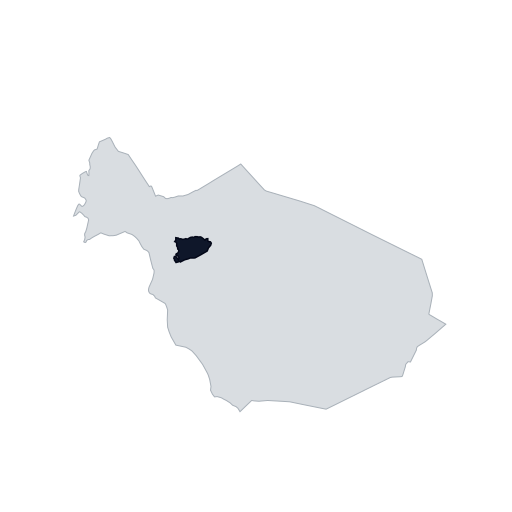 Abalak, Tahoua, Niger shown in context, rotated 59°
{"feature_id": "23599985B73397103622086", "entity_name": "Abalak", "entity_type": "district", "adm_level": 2, "iso_a3": "NER", "parent_name": "Niger", "parent_adm1": "Tahoua", "projection": "mercator", "projection_center": [6.168, 15.504], "detail": "fine", "context": "in_parent", "style": "filled", "palette": "ink", "viewbox_px": 512, "rotation_deg": 59, "n_neighbors": 0, "source": "geoboundaries", "source_scale": "gbopen_adm2", "svg_char_len": 4036}
<svg xmlns="http://www.w3.org/2000/svg" viewBox="0 0 512 512"><g transform="rotate(59 256 256)"><path d="M381.2,349.9L377.2,349.9L374.8,350.7L371.9,352.9L368.6,353.8L364.6,355.8L362.1,357.4L359.7,358.7L356.5,361.7L355.4,364.1L352.1,364.5L347.6,364.1L344.7,361.8L338.0,359.3L333.7,358.3L331.6,358.0L321.4,357.6L310.5,358.6L304.9,359.7L303.9,360.0L300.8,361.5L298.1,363.1L291.1,370.6L281.7,370.4L276.2,369.5L271.5,368.4L264.9,364.9L256.7,359.5L253.6,358.8L250.7,358.3L249.8,358.4L240.1,363.8L238.2,363.6L235.9,364.2L234.4,365.6L233.3,366.2L232.1,366.3L230.6,366.1L229.1,365.2L227.6,363.7L223.5,357.8L222.7,356.7L221.0,355.0L218.1,352.2L216.2,350.9L215.0,350.6L213.5,350.8L205.7,348.5L197.9,346.0L196.2,346.3L195.0,346.8L192.3,348.7L189.1,349.0L185.0,348.8L182.8,348.6L179.2,349.2L176.8,349.9L173.7,351.2L169.7,354.6L168.5,355.1L167.5,355.6L166.2,365.0L165.1,367.8L163.0,371.5L159.0,375.0L156.2,377.1L156.2,380.0L155.9,384.7L155.9,388.0L156.1,390.1L155.6,391.1L155.4,392.0L155.6,393.4L156.2,394.0L156.6,394.9L156.4,395.6L155.1,396.4L153.6,394.3L151.8,392.8L149.7,392.1L148.4,391.1L147.6,389.6L145.0,386.7L138.9,380.9L138.2,380.7L137.2,380.5L135.5,381.2L134.4,382.2L133.7,382.5L132.5,382.6L129.6,383.3L127.3,384.3L127.2,385.0L128.3,389.4L127.8,391.8L126.8,390.6L123.4,386.2L121.1,383.0L120.7,382.2L120.3,381.1L120.6,380.6L121.5,380.3L123.6,379.8L124.0,379.5L124.1,378.6L123.8,376.9L122.6,374.7L121.4,373.2L120.7,372.9L119.4,372.8L118.0,373.0L115.4,374.9L114.3,375.2L111.6,375.1L109.2,374.7L107.7,373.7L103.4,370.1L98.6,366.2L96.6,365.7L96.1,365.3L95.8,362.3L95.9,358.7L96.2,357.8L98.2,358.3L100.3,358.6L101.0,357.9L99.3,356.7L96.8,355.4L95.9,353.4L95.2,352.8L94.1,352.1L92.9,351.7L91.6,351.2L90.7,350.6L89.3,350.3L87.8,349.9L85.6,346.7L83.5,343.7L82.3,341.2L81.9,339.8L82.5,337.3L81.8,336.3L79.5,333.8L77.5,331.4L78.0,327.8L78.4,324.8L78.4,322.8L78.7,321.7L79.0,320.5L80.3,320.1L83.6,320.2L90.1,320.7L95.2,320.1L95.5,320.0L99.2,316.7L103.2,313.3L109.3,313.0L115.8,312.6L121.0,312.4L128.5,312.2L134.6,312.0L141.6,311.7L141.8,310.1L142.3,309.7L143.0,309.7L148.1,310.5L153.0,311.3L153.4,308.4L157.6,304.6L160.1,303.9L160.7,303.2L161.4,302.0L161.9,300.0L162.1,298.7L163.0,297.5L163.7,295.4L164.5,291.7L166.9,287.8L168.3,282.5L168.5,277.4L168.8,273.6L169.5,272.8L169.5,265.9L169.5,258.9L169.4,253.0L169.4,245.7L169.4,239.2L169.4,232.2L169.4,225.9L169.3,221.7L174.3,220.7L179.4,219.7L186.8,218.2L194.9,216.6L203.7,214.8L205.7,213.7L212.3,207.6L215.3,204.9L221.3,199.4L225.9,195.2L231.7,189.9L237.9,184.5L242.9,180.1L250.6,175.2L262.3,167.8L274.0,160.4L285.7,153.0L297.4,145.6L309.1,138.1L320.8,130.6L332.5,123.1L344.2,115.6L356.0,118.5L367.1,121.2L378.4,123.9L381.0,125.4L387.0,130.7L394.6,137.6L395.0,137.7L395.3,137.7L402.7,133.7L412.2,128.4L414.7,142.6L416.6,154.7L416.7,162.4L416.8,164.4L417.6,165.7L419.3,167.1L426.4,178.2L424.9,180.1L426.0,183.5L427.8,185.0L433.7,191.6L434.5,192.9L434.1,193.9L430.0,201.6L429.3,203.5L428.5,213.3L427.9,220.2L427.1,229.7L426.2,241.0L425.4,250.5L424.4,263.0L423.4,274.8L417.5,281.3L407.0,292.8L398.4,302.1L394.1,308.3L385.8,320.5L382.0,328.3L379.1,332.4L377.6,334.1L378.9,339.9L381.2,349.9Z" fill="#d9dde1" stroke="#a8b0b8" stroke-width="1"/><path d="M201.8,318.2L202.4,317.6L204.2,317.4L206.5,318.8L208.1,318.7L208.8,319.1L210.1,319.5L210.5,319.1L211.7,319.4L212.9,320.8L213.2,321.9L213.1,323.3L213.7,324.0L214.5,324.1L214.8,323.2L215.3,323.0L218.0,322.9L219.3,324.5L215.1,324.9L214.4,326.2L215.6,327.6L216.8,327.6L217.5,328.0L220.4,327.9L221.6,323.6L222.2,323.7L222.5,319.1L223.5,315.7L223.8,313.5L225.3,311.0L226.2,309.3L226.5,302.6L226.6,295.3L225.2,293.4L224.6,292.7L223.5,289.4L222.0,287.7L221.4,287.7L220.3,287.8L219.0,289.4L218.0,289.4L216.3,288.4L215.8,289.3L215.7,290.7L216.1,291.6L213.7,292.4L211.9,293.1L211.0,293.8L209.8,296.0L209.2,296.4L208.0,298.3L208.1,299.6L207.0,300.8L206.3,302.6L206.2,306.2L205.0,307.2L204.6,309.0L203.9,310.4L202.7,311.4L202.2,312.1L202.1,312.7L201.4,313.2L200.8,313.2L199.0,315.3L201.0,316.5L201.8,318.2Z" fill="#0f172a" stroke="#020617" stroke-width="1.5"/></g></svg>